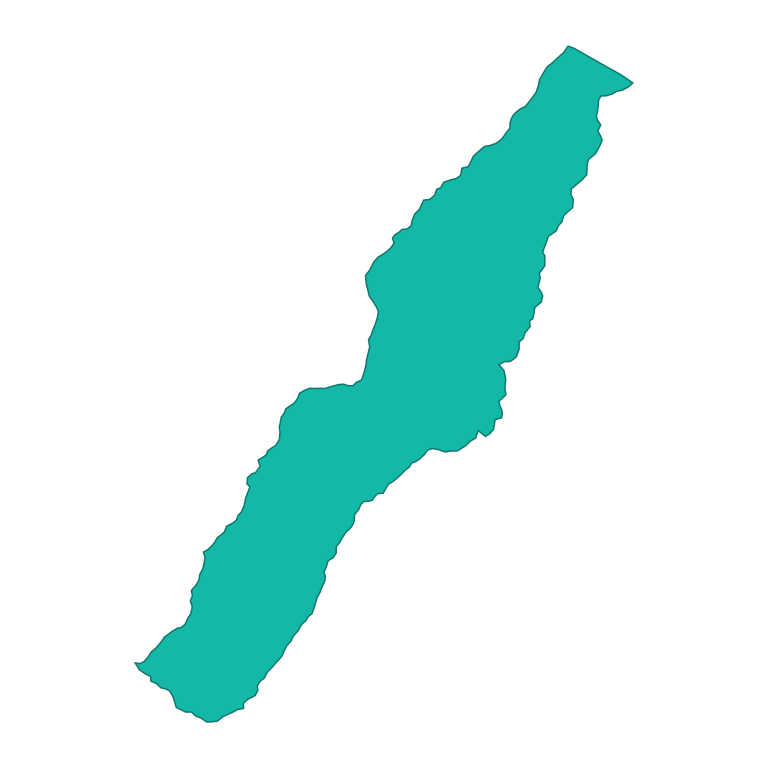 the district of Lavínia, São Paulo, Brazil
{"feature_id": "56859067B69152415148491", "entity_name": "Lavínia", "entity_type": "district", "adm_level": 2, "iso_a3": "BRA", "parent_name": "Brazil", "parent_adm1": "São Paulo", "projection": "mercator", "projection_center": [-51.04, -21.147], "detail": "fine", "context": "isolated", "style": "filled", "palette": "teal", "viewbox_px": 768, "rotation_deg": 0, "n_neighbors": 0, "source": "geoboundaries", "source_scale": "gbopen_adm2", "svg_char_len": 3902}
<svg xmlns="http://www.w3.org/2000/svg" viewBox="0 0 768 768"><path d="M568.1,46.1L563.6,52.7L560.4,55.4L556.5,59.0L552.7,62.5L546.9,67.2L543.7,72.4L539.6,79.6L538.1,86.6L536.2,92.2L532.3,97.6L527.9,103.4L524.9,106.8L520.5,108.8L517.0,111.5L513.9,114.3L511.2,118.9L510.0,122.9L510.0,128.0L505.6,133.7L501.8,139.0L496.4,143.2L490.1,145.5L484.4,146.5L478.3,151.7L473.4,156.2L471.0,161.3L468.3,166.7L461.9,168.2L460.7,175.2L456.3,178.5L450.6,179.9L443.8,182.2L440.7,187.7L436.7,189.3L434.8,195.0L430.0,199.3L423.6,200.2L421.7,204.3L419.4,209.4L414.8,213.9L412.1,220.6L411.2,225.7L407.3,229.0L402.3,229.3L399.1,232.2L395.0,234.7L392.5,238.2L394.1,243.0L391.2,247.4L387.2,251.2L383.7,253.7L378.3,257.0L373.9,261.9L371.6,266.4L369.7,270.1L365.5,275.5L366.3,284.1L367.8,289.8L369.3,296.1L373.6,302.4L376.6,307.3L378.4,311.3L377.5,317.1L375.2,324.7L373.1,329.2L371.4,334.8L368.5,339.9L369.7,346.9L366.6,359.5L365.9,365.6L364.1,372.4L361.6,380.0L356.7,382.2L352.8,385.8L347.6,385.6L343.6,384.2L339.0,384.5L333.1,386.0L324.9,388.5L319.0,388.3L314.9,388.5L309.7,388.3L304.8,390.2L299.6,393.2L297.8,398.1L294.6,402.8L289.3,406.4L285.8,408.9L284.0,413.5L281.3,417.1L280.2,423.0L279.3,427.0L280.0,432.3L279.4,439.3L275.7,445.5L271.2,448.3L267.7,450.9L266.2,455.0L262.3,457.6L258.1,460.1L260.1,466.3L255.4,472.8L251.6,473.9L247.5,477.8L247.0,483.8L249.9,487.0L248.0,491.9L245.6,498.2L244.1,505.6L241.4,512.0L238.1,515.4L236.4,520.1L233.1,522.9L226.6,526.3L224.4,531.9L221.4,534.6L217.2,537.8L214.9,542.0L212.0,545.6L208.0,549.5L203.4,552.1L205.1,557.0L204.2,562.6L202.8,568.7L199.8,574.5L198.8,580.5L195.5,585.9L191.4,590.4L192.4,595.8L190.3,601.1L192.3,606.5L190.9,613.5L188.0,618.0L185.0,624.4L181.3,627.4L177.3,628.3L172.6,631.1L168.6,634.0L164.6,637.0L160.6,642.6L155.6,648.4L151.5,651.7L148.1,656.9L144.1,661.6L140.0,663.6L135.2,663.0L139.2,669.5L145.0,673.7L150.6,676.4L150.9,681.1L156.3,683.5L160.9,687.8L165.7,688.9L169.6,690.9L172.3,695.5L174.0,699.5L176.2,707.3L185.5,712.0L191.7,712.1L195.3,715.8L201.0,718.1L206.6,721.9L210.7,721.9L217.2,721.2L223.2,716.5L228.3,714.2L233.1,712.0L237.5,709.5L243.6,708.4L243.5,702.9L248.4,699.0L255.2,695.5L257.9,690.3L257.2,685.8L260.2,681.1L264.0,678.4L267.7,671.7L272.3,667.2L275.2,663.6L279.3,659.2L282.1,655.8L283.8,651.6L286.9,645.5L290.9,641.2L293.4,636.0L298.1,630.7L301.5,624.6L305.9,620.6L308.2,616.6L311.9,613.7L314.2,607.7L315.7,602.3L317.1,597.4L319.8,592.8L321.3,588.6L323.1,584.6L324.7,581.0L325.4,576.5L324.0,572.2L326.1,567.3L328.2,560.6L333.1,557.8L336.2,553.0L336.2,546.7L339.9,542.2L342.7,536.9L346.4,531.7L350.1,528.5L352.6,524.8L354.3,520.8L354.5,514.7L358.8,509.3L360.8,504.6L363.7,501.5L367.9,501.3L372.2,500.4L374.8,496.6L377.5,493.6L383.2,493.2L385.6,488.8L388.5,484.2L393.1,481.3L396.2,478.9L399.6,475.8L402.4,473.1L405.3,470.0L409.2,467.2L411.7,463.0L415.8,461.6L420.2,458.5L424.6,454.3L427.7,450.0L432.3,448.6L438.6,449.6L445.0,452.0L451.5,450.9L457.5,450.9L465.5,445.8L470.5,441.1L475.7,437.9L478.3,430.6L485.5,436.4L489.9,433.6L493.6,429.2L495.1,419.6L501.6,417.8L502.3,413.6L501.6,409.5L499.7,405.3L498.9,401.3L505.9,394.8L504.9,388.2L505.7,379.2L504.1,370.8L498.9,364.6L504.7,361.6L510.3,361.5L516.2,356.9L519.1,349.3L519.1,342.0L523.2,338.4L524.9,333.0L530.1,326.5L529.6,320.9L532.9,318.7L533.9,313.6L534.8,307.5L541.3,301.9L542.7,295.9L541.0,291.7L537.9,287.6L538.8,283.6L540.2,278.4L539.3,273.4L544.8,265.7L544.8,255.7L542.7,252.3L544.0,248.3L546.2,242.7L548.3,236.4L556.0,231.0L558.3,225.9L561.8,221.9L563.8,215.4L572.6,207.6L573.3,199.5L570.9,194.6L571.3,188.9L577.7,183.5L582.3,179.6L586.7,174.8L587.1,164.7L588.6,159.3L595.5,153.7L600.1,145.1L602.2,140.3L600.5,136.0L597.8,131.0L600.7,124.9L597.6,120.4L596.3,116.2L597.4,111.7L598.3,105.2L598.6,100.0L601.0,95.9L606.5,95.8L612.2,93.9L617.0,91.2L622.3,90.2L628.7,86.7L632.8,82.9L620.7,74.6L604.6,65.7L574.2,48.4L568.1,46.1Z" fill="#14b8a6" stroke="#0f766e" stroke-width="1.5"/></svg>